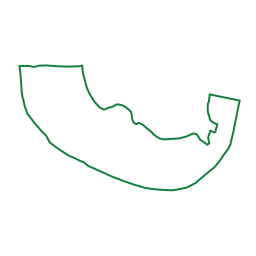 Alamoni, Tuvalu (Equal Earth projection), rotated 2°
{"feature_id": "33948139B55306304782384", "entity_name": "Alamoni", "entity_type": "district", "adm_level": 2, "iso_a3": "TUV", "parent_name": "Tuvalu", "parent_adm1": "", "projection": "equal_earth", "projection_center": [177.156, -7.249], "detail": "fine", "context": "isolated", "style": "outline", "palette": "green", "viewbox_px": 256, "rotation_deg": 2, "n_neighbors": 0, "source": "geoboundaries", "source_scale": "gbopen_adm2", "svg_char_len": 1565}
<svg xmlns="http://www.w3.org/2000/svg" viewBox="0 0 256 256"><g transform="rotate(2 128 128)"><path d="M17.4,69.8L18.5,76.8L19.6,86.7L20.4,94.9L21.6,101.3L22.9,105.3L23.9,109.3L26.8,117.2L29.8,120.6L34.6,126.5L41.7,134.2L41.8,134.3L46.4,138.4L50.3,145.1L56.0,149.2L62.6,153.4L70.1,157.9L75.6,159.9L81.1,162.5L84.7,163.6L87.2,165.5L89.8,167.4L98.1,170.7L114.2,177.3L126.9,181.6L135.9,184.4L147.6,187.3L154.3,188.1L161.4,188.5L168.2,188.7L174.1,188.7L180.5,187.6L185.6,186.3L189.1,185.4L194.7,182.2L197.2,180.8L201.2,177.1L205.6,173.2L211.4,167.9L215.8,164.2L220.9,157.5L224.9,151.1L228.6,145.7L230.7,141.7L233.5,127.6L238.6,96.7L208.5,91.6L208.3,94.6L207.9,98.7L207.0,101.0L207.0,104.4L207.0,107.6L207.9,111.2L208.7,113.0L209.4,116.1L210.5,117.9L213.2,119.6L215.6,120.8L217.0,121.0L217.0,122.8L215.9,125.9L215.6,128.6L214.8,129.4L213.4,129.1L211.8,128.4L210.3,127.9L210.1,129.6L209.0,132.1L208.5,135.5L209.2,138.2L209.8,140.6L207.8,141.9L203.7,139.1L200.5,137.1L196.8,131.7L193.2,131.2L192.1,131.7L189.2,133.2L186.3,134.6L179.4,136.6L163.9,138.2L159.4,137.2L155.2,134.5L150.6,130.4L147.0,127.7L142.4,124.0L138.4,122.5L136.3,123.8L134.2,122.9L132.9,121.2L132.2,119.5L131.5,117.8L131.3,114.9L130.5,111.8L128.2,109.7L125.7,107.8L122.2,105.7L118.5,104.9L115.7,104.9L112.9,106.6L110.6,107.9L108.2,108.1L106.7,109.1L104.4,110.2L103.1,110.4L99.0,108.5L93.7,103.1L88.5,95.3L87.9,94.2L85.4,89.1L81.2,75.2L80.4,70.5L80.0,67.3L76.2,68.1L63.5,68.8L52.6,68.7L45.9,68.4L44.5,68.3L37.1,68.8L31.8,70.3L26.6,69.4L17.4,69.8Z" fill="none" stroke="#15803d" stroke-width="2"/></g></svg>